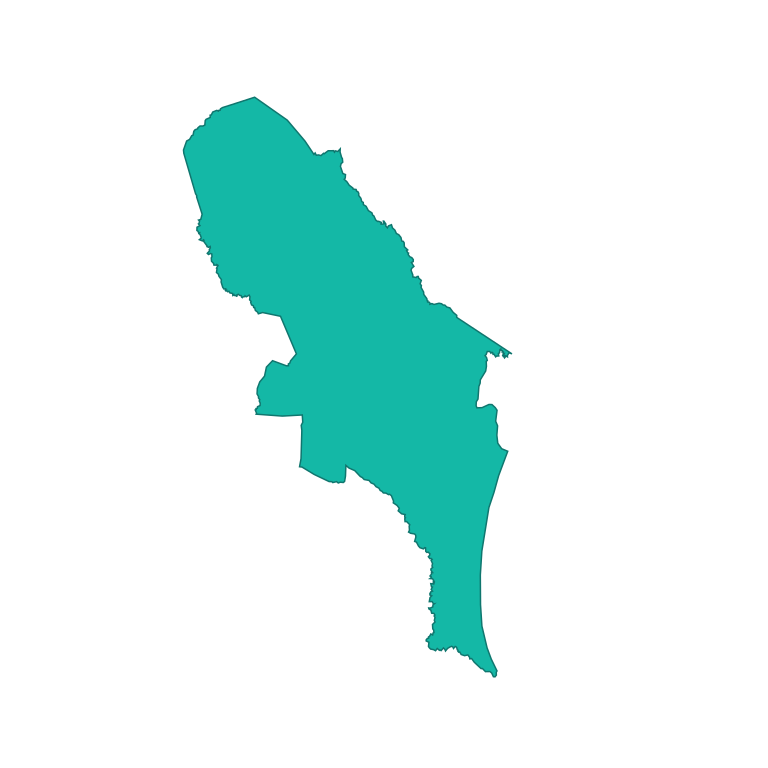 outline of Choma, Southern, Zambia, rotated 342°
{"feature_id": "96606910B73975181244202", "entity_name": "Choma", "entity_type": "district", "adm_level": 2, "iso_a3": "ZMB", "parent_name": "Zambia", "parent_adm1": "Southern", "projection": "natural_earth1", "projection_center": [26.92, -16.86], "detail": "fine", "context": "isolated", "style": "filled", "palette": "teal", "viewbox_px": 768, "rotation_deg": 342, "n_neighbors": 0, "source": "geoboundaries", "source_scale": "gbopen_adm2", "svg_char_len": 6122}
<svg xmlns="http://www.w3.org/2000/svg" viewBox="0 0 768 768"><g transform="rotate(342 384 384)"><path d="M373.5,103.1L349.6,71.3L315.7,71.2L313.5,71.8L312.8,73.0L311.4,72.7L310.8,73.3L309.6,72.1L305.2,72.4L302.9,74.7L301.7,74.6L301.1,76.8L296.6,77.3L295.4,78.2L293.6,82.4L291.5,82.7L288.7,81.8L286.2,82.8L285.6,83.7L282.9,83.8L281.2,84.9L279.3,88.3L277.9,88.4L274.7,91.3L271.4,91.9L265.6,99.5L264.9,102.8L263.6,144.9L264.1,146.9L263.6,148.3L263.5,166.3L260.6,170.8L258.3,170.8L258.9,172.0L257.7,174.2L257.0,174.4L257.9,176.5L254.6,177.1L253.5,180.2L254.4,181.4L254.4,183.1L255.2,183.2L254.5,183.9L255.3,184.9L255.4,187.9L255.2,188.8L253.0,189.7L255.5,191.8L256.9,191.1L257.2,191.7L256.6,192.6L258.4,198.1L258.1,198.6L259.4,199.8L261.2,199.5L260.9,200.9L259.3,202.3L259.2,203.5L256.3,205.1L257.1,206.6L259.5,206.3L260.4,207.1L259.7,209.8L258.7,210.7L257.9,213.9L259.2,216.7L259.0,218.4L261.4,219.2L261.9,218.7L262.8,219.9L260.5,222.1L260.9,222.6L259.1,226.2L260.4,228.3L260.3,230.6L261.6,234.5L260.6,236.6L260.5,242.2L261.2,244.3L262.9,244.5L262.6,245.5L263.0,245.8L262.1,246.2L262.4,246.7L263.3,246.8L263.9,248.0L265.2,247.9L265.6,249.8L268.0,251.1L267.6,253.0L268.9,252.6L268.9,253.5L270.4,254.1L270.8,254.9L271.5,254.8L271.3,253.9L273.1,253.6L274.1,255.1L275.5,255.8L275.4,257.3L276.0,258.1L276.9,257.5L278.6,257.9L279.1,257.2L280.1,258.5L283.2,257.8L283.5,259.6L282.2,262.4L283.1,264.3L282.4,265.3L282.5,267.9L283.9,269.1L283.7,271.0L284.6,271.4L284.4,274.3L286.0,276.6L286.2,278.4L290.6,278.5L306.5,287.6L310.0,328.3L302.3,333.1L300.9,335.0L299.2,335.4L298.8,337.1L296.9,336.6L285.2,327.4L277.4,331.6L272.8,339.6L266.5,343.6L262.2,349.0L260.2,354.2L260.8,357.3L260.3,358.4L261.0,360.5L260.1,361.6L260.4,363.8L259.5,366.2L256.7,366.5L256.1,367.9L254.7,367.8L254.6,368.8L253.5,368.9L253.8,372.4L253.1,373.2L277.4,383.1L296.7,388.2L294.9,395.3L292.5,397.7L291.5,402.8L282.0,429.4L278.1,436.6L280.4,437.7L289.6,448.4L301.6,459.8L304.2,460.8L304.8,461.9L308.7,462.2L309.9,464.0L312.2,463.9L314.8,465.1L316.4,464.5L318.9,459.7L322.6,449.6L324.8,453.2L329.4,457.3L332.9,464.7L334.4,466.2L335.6,468.7L340.0,471.1L341.1,474.0L343.5,476.1L344.7,479.2L347.0,481.5L347.5,484.1L348.9,485.4L349.7,487.4L352.2,488.4L354.1,490.6L355.2,490.6L356.5,492.4L356.9,498.3L356.1,499.9L358.9,503.5L360.1,507.0L358.3,509.0L360.6,512.9L363.8,514.7L363.0,515.6L362.6,517.1L363.0,517.8L362.1,518.6L361.5,521.4L363.0,521.8L365.0,525.8L364.0,527.0L363.0,531.0L361.6,532.4L363.2,534.2L366.8,536.1L367.4,537.6L367.0,539.4L364.5,543.2L366.0,544.4L366.7,548.7L367.6,550.8L370.5,553.0L372.2,552.2L372.9,552.6L372.0,556.1L372.7,557.4L374.1,557.6L375.2,559.7L374.5,561.0L372.8,562.0L373.7,564.3L374.9,564.5L375.6,565.7L374.3,566.3L374.7,569.7L373.4,571.9L373.6,573.5L371.7,574.2L371.1,575.3L371.9,578.3L370.9,578.0L370.5,579.5L368.6,580.6L368.5,581.2L369.3,581.8L368.8,583.0L367.7,583.3L368.8,583.8L369.3,583.4L370.2,584.8L370.8,587.8L369.7,589.3L369.5,588.2L369.1,589.3L366.8,588.3L366.5,591.5L367.3,592.1L365.4,593.9L366.1,596.0L364.4,596.1L363.3,597.1L363.4,597.9L362.7,597.9L362.6,599.2L363.9,600.2L361.8,601.3L359.8,605.0L362.5,605.8L363.1,608.5L363.8,608.6L362.3,609.2L361.5,611.1L358.6,611.4L357.3,610.8L357.2,611.8L358.7,613.6L358.5,616.7L360.6,617.6L361.0,619.5L360.0,620.1L360.4,621.8L358.8,624.4L359.0,626.1L355.8,627.7L354.7,632.0L355.2,633.2L354.7,635.8L353.8,635.9L352.7,637.7L351.3,636.2L349.4,638.0L348.2,638.3L347.9,639.5L346.6,639.4L345.1,640.3L344.7,641.4L346.9,643.5L345.2,647.3L345.5,648.6L346.4,650.5L349.0,651.9L350.6,653.6L352.9,652.0L354.4,654.4L355.1,654.2L355.9,655.2L359.0,653.4L359.9,655.3L360.0,656.9L362.8,655.1L365.3,654.5L367.3,654.4L368.2,655.3L368.4,657.0L370.6,655.6L371.1,656.0L371.7,657.1L371.6,659.5L372.2,660.1L371.7,661.1L372.3,662.2L373.2,662.3L373.8,665.1L376.7,667.3L380.0,667.6L380.9,670.2L380.7,672.0L382.5,672.2L383.9,676.6L388.4,684.7L389.7,685.0L391.6,688.9L395.9,690.2L397.1,692.1L397.6,696.2L399.1,696.8L400.9,695.6L401.6,693.0L402.8,691.8L401.0,678.8L400.5,666.8L402.3,644.5L407.6,623.7L416.6,595.4L425.4,573.2L445.6,533.9L455.0,521.2L464.7,506.6L480.9,486.2L475.9,481.9L473.9,475.5L475.5,467.6L479.1,458.9L478.7,453.9L483.4,443.9L482.5,440.8L480.3,436.9L477.5,435.9L470.0,436.8L465.0,435.4L464.9,433.1L466.3,429.4L468.7,427.4L473.5,415.6L475.7,412.9L476.9,409.8L484.7,403.1L486.9,398.8L488.2,394.1L489.5,393.5L489.7,390.6L488.9,388.2L490.3,387.5L492.2,385.0L494.6,385.7L495.2,387.7L496.4,387.2L497.0,387.7L496.9,389.5L497.8,389.7L498.6,392.7L499.5,392.2L501.8,392.8L502.2,390.4L503.4,390.1L504.9,387.1L505.9,386.8L505.7,388.0L506.9,388.9L506.3,390.1L507.4,390.4L506.8,391.8L507.7,392.1L505.7,393.4L505.9,394.4L507.2,393.7L507.7,394.2L506.5,395.2L506.7,396.4L508.7,395.1L509.8,396.3L510.1,395.1L512.5,392.9L515.0,394.9L473.7,343.1L474.4,341.2L471.9,337.2L470.2,332.0L467.5,330.2L466.2,327.7L464.8,327.3L463.5,325.4L461.3,324.2L456.1,323.8L454.4,322.3L452.4,322.3L452.8,321.7L452.4,320.3L450.9,319.5L451.4,318.6L450.8,318.2L451.1,316.0L449.5,311.1L450.1,308.8L449.1,303.6L450.0,301.9L449.3,299.9L451.5,297.0L449.7,294.1L449.8,292.3L448.7,292.0L447.6,292.7L444.5,291.0L445.1,289.3L444.9,284.1L446.0,282.6L448.8,281.4L447.6,276.9L449.6,276.6L450.3,274.7L449.5,272.4L447.9,271.0L447.0,268.4L447.8,267.1L447.1,266.5L446.7,264.1L448.0,263.8L445.8,259.8L446.8,255.9L446.4,254.3L445.3,253.8L445.1,253.1L445.4,249.9L444.2,246.6L442.3,244.7L441.9,241.0L440.3,238.2L440.3,234.8L437.1,235.0L435.5,236.5L434.5,234.3L435.2,232.4L434.2,229.0L433.7,228.9L433.7,231.7L431.2,231.3L430.5,230.8L431.5,229.6L429.2,227.6L428.2,227.5L426.8,225.5L426.3,221.0L425.4,219.9L425.4,217.5L422.7,214.2L421.9,209.5L419.8,207.0L420.4,204.9L419.2,203.6L419.4,200.2L418.2,196.9L418.9,195.0L418.7,193.3L417.5,192.0L417.6,190.4L414.9,189.1L415.0,188.1L412.3,184.1L411.3,180.4L409.4,177.0L410.8,176.1L412.1,172.9L409.9,171.1L409.8,163.6L411.3,161.2L413.3,160.3L414.1,156.5L413.7,155.7L413.9,149.8L415.0,146.9L411.9,148.6L409.9,147.3L408.5,148.2L408.3,146.6L403.0,144.9L398.3,146.5L397.8,145.9L394.7,147.3L392.5,145.9L390.3,145.5L389.9,143.0L388.3,144.0L383.9,128.5L373.5,103.1Z" fill="#14b8a6" stroke="#0f766e" stroke-width="1.5"/></g></svg>